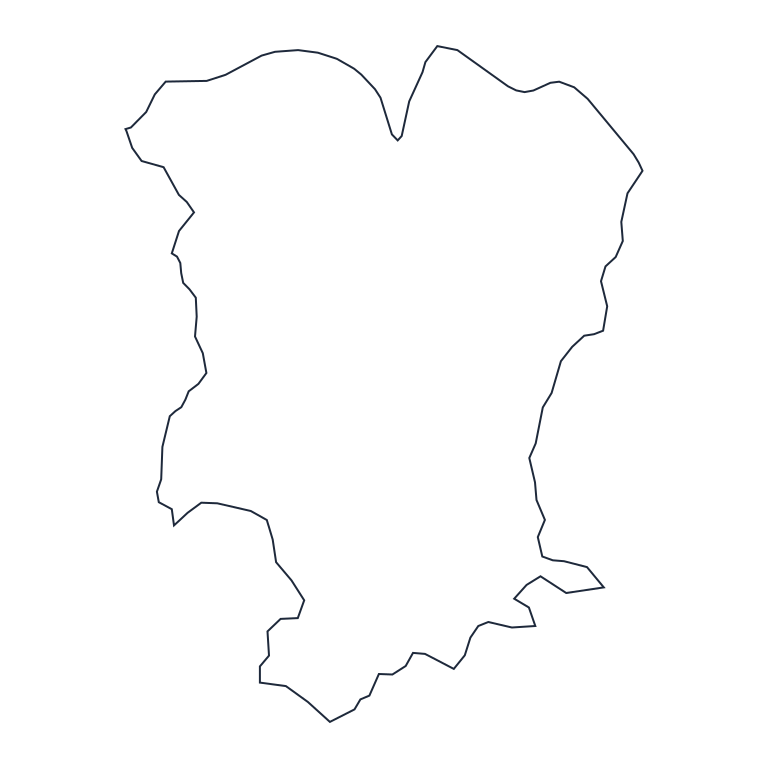 the Region of Mtskheta-Mtianeti
{"feature_id": "GEO-3034", "entity_name": "Mtskheta-Mtianeti", "entity_type": "Region", "adm_level": 1, "iso_a3": "GEO", "parent_name": "Georgia", "parent_adm1": "", "projection": "albers", "projection_center": [44.706, 42.223], "detail": "fine", "context": "isolated", "style": "outline", "palette": "slate", "viewbox_px": 768, "rotation_deg": 0, "n_neighbors": 0, "source": "natural_earth", "source_scale": "10m", "svg_char_len": 1755}
<svg xmlns="http://www.w3.org/2000/svg" viewBox="0 0 768 768"><path d="M437.3,46.1L457.4,50.1L508.0,86.3L516.2,90.4L524.6,92.1L533.4,90.5L537.6,88.6L550.4,82.8L559.2,81.7L574.2,87.3L587.6,98.8L633.6,154.2L638.7,162.6L642.5,170.8L642.4,171.0L627.5,193.3L621.3,221.9L622.8,241.0L615.7,257.0L605.5,266.4L601.0,281.2L607.2,306.3L603.1,330.7L594.0,334.2L584.2,335.7L572.2,346.8L560.9,361.2L551.6,393.0L542.8,407.4L535.7,443.4L529.3,458.0L535.0,482.3L536.5,500.0L544.9,519.9L537.8,537.1L542.3,556.5L552.8,560.3L564.0,561.2L587.0,567.1L603.8,587.4L566.2,593.0L540.5,576.3L526.6,584.9L514.2,598.7L528.9,607.5L535.3,626.0L511.9,627.5L488.3,622.0L478.3,626.0L470.4,637.6L464.8,655.3L453.8,668.9L425.0,653.9L413.0,652.9L405.7,666.0L392.4,674.5L378.9,674.0L369.4,695.6L360.4,699.4L354.5,709.4L329.9,721.9L307.8,701.9L285.9,686.1L259.9,682.6L259.9,666.4L269.0,655.6L267.5,631.4L280.6,618.9L297.8,618.1L304.2,600.3L291.5,580.4L276.1,562.2L272.7,539.6L268.7,526.2L268.3,525.0L266.8,520.0L250.8,511.0L217.3,503.3L201.3,502.7L187.6,512.8L180.3,519.6L174.0,525.4L171.8,509.2L158.8,502.2L156.9,491.7L160.9,480.2L161.2,479.2L162.4,446.9L169.8,416.2L175.4,411.1L181.3,407.2L185.4,399.6L188.7,391.3L198.4,383.9L206.4,373.0L202.8,353.2L195.0,336.5L196.7,316.7L195.8,297.7L189.4,289.2L183.2,282.9L181.2,273.1L180.3,263.0L177.0,256.6L171.8,253.4L179.0,231.0L194.0,212.4L186.8,202.0L178.9,194.9L163.6,167.2L141.6,161.0L132.2,147.9L126.5,131.2L125.5,129.1L130.9,127.5L137.4,120.9L146.2,112.0L154.8,94.4L165.7,81.6L206.7,80.9L225.6,74.8L261.6,55.6L275.0,51.8L298.1,50.1L317.9,52.7L335.3,58.3L337.0,58.9L354.1,68.7L361.3,74.6L375.0,89.2L380.5,97.7L391.9,134.4L397.7,140.4L401.7,136.0L409.2,101.4L422.5,72.2L425.4,62.1L437.3,46.1Z" fill="none" stroke="#1e293b" stroke-width="2"/></svg>